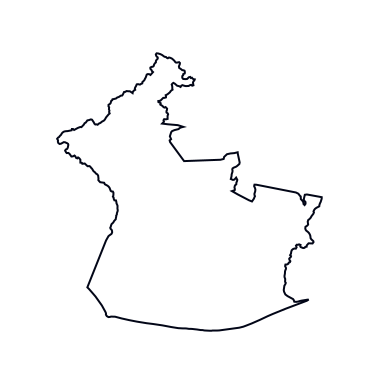 the district of Linhares, Espírito Santo, Brazil, rotated 76°
{"feature_id": "56859067B26973485406883", "entity_name": "Linhares", "entity_type": "district", "adm_level": 2, "iso_a3": "BRA", "parent_name": "Brazil", "parent_adm1": "Espírito Santo", "projection": "albers", "projection_center": [-40.123, -19.341], "detail": "fine", "context": "isolated", "style": "outline", "palette": "ink", "viewbox_px": 384, "rotation_deg": 76, "n_neighbors": 0, "source": "geoboundaries", "source_scale": "gbopen_adm2", "svg_char_len": 5958}
<svg xmlns="http://www.w3.org/2000/svg" viewBox="0 0 384 384"><g transform="rotate(76 192 192)"><path d="M259.2,316.6L261.2,315.4L266.5,312.7L270.1,310.9L275.7,308.7L280.3,306.9L287.5,305.0L288.9,304.8L290.2,305.2L291.8,304.7L293.1,303.4L293.4,302.1L293.3,300.7L294.4,296.8L297.7,290.8L301.1,284.0L304.5,276.7L308.4,267.6L310.5,262.1L314.2,253.1L318.0,244.8L320.8,238.2L322.0,234.3L323.0,230.6L324.0,228.2L324.8,225.3L326.7,220.2L328.0,217.1L328.6,215.0L329.3,213.6L330.5,209.7L331.3,206.9L331.4,205.5L332.4,201.6L332.9,199.1L335.1,179.0L335.1,174.8L334.8,172.1L334.0,165.9L332.5,157.1L330.8,148.6L329.9,143.2L327.9,129.2L325.3,106.9L324.6,104.8L324.4,106.1L323.9,112.3L323.9,114.1L324.0,115.6L323.8,117.5L323.2,119.3L321.6,119.4L320.4,119.8L316.1,124.5L314.0,126.2L311.0,126.8L309.3,126.7L305.2,125.0L304.2,123.9L302.9,123.0L301.7,123.4L298.9,122.6L297.1,122.8L295.9,122.6L293.7,121.6L291.4,120.9L290.3,120.2L289.3,119.4L288.2,119.2L286.5,119.6L285.0,118.9L285.3,117.5L284.9,115.9L283.9,115.2L283.8,114.0L282.9,113.3L281.6,113.8L280.4,113.9L279.7,113.2L279.1,112.0L278.2,111.4L277.0,112.1L275.8,110.9L274.1,110.2L272.7,109.4L271.9,108.1L271.6,106.3L272.1,105.0L271.0,103.9L269.2,104.1L268.5,103.0L268.9,102.0L268.7,100.8L269.6,99.5L270.7,100.1L271.7,99.9L273.3,97.7L273.4,96.3L272.7,95.4L272.8,94.0L271.6,93.6L270.0,91.3L271.1,87.5L270.0,86.2L269.0,86.2L266.7,87.7L265.6,88.1L263.1,87.8L262.0,87.9L260.4,88.3L258.9,89.1L257.1,90.5L256.0,90.9L254.7,90.9L253.2,90.3L252.5,88.3L251.7,87.2L248.8,86.9L247.3,86.0L246.8,84.8L245.8,83.2L244.3,81.8L242.5,79.5L241.2,78.6L240.2,78.8L239.0,77.8L238.1,76.7L237.4,75.0L236.7,72.0L235.6,71.6L234.1,70.7L232.7,69.5L229.9,67.8L228.4,67.4L222.2,81.1L222.0,83.2L226.3,85.4L227.9,85.0L229.2,84.3L230.9,84.7L231.9,85.9L230.6,86.7L229.4,86.5L227.9,86.7L225.2,88.1L222.6,87.6L221.8,88.2L219.4,89.2L217.6,91.3L200.5,127.8L200.0,129.6L201.3,130.3L203.5,129.9L205.0,129.9L206.6,130.5L208.9,131.9L210.1,132.1L211.3,131.9L212.2,132.7L213.4,133.5L215.7,136.1L213.8,138.7L205.4,148.2L200.8,153.0L200.6,150.2L199.6,149.7L197.9,149.7L196.6,149.1L195.8,148.4L195.3,147.2L193.7,146.7L192.5,145.8L191.2,145.1L188.7,145.7L190.2,147.8L190.2,149.3L188.8,151.2L186.2,149.8L184.8,149.4L183.7,148.8L182.3,147.9L181.1,147.5L180.0,147.5L179.0,147.0L178.5,145.8L178.1,143.1L177.7,142.0L176.3,139.3L174.9,138.6L165.8,138.3L164.5,138.1L164.5,141.6L163.9,145.3L163.8,148.9L165.7,152.3L167.6,153.3L167.6,156.6L160.1,192.2L138.2,201.2L136.5,201.2L135.7,199.5L132.6,200.0L128.9,197.7L128.1,196.6L127.7,194.0L127.7,189.8L127.1,188.8L126.8,187.7L126.7,186.5L126.7,184.7L123.7,189.6L120.4,199.2L118.4,204.4L117.0,202.2L115.5,202.3L114.6,201.4L115.2,199.7L115.2,198.0L112.2,197.3L110.9,196.4L109.9,196.5L108.7,197.5L107.3,197.2L106.4,196.5L105.1,196.0L103.2,197.1L103.4,198.4L102.6,199.2L101.4,199.8L99.5,201.6L98.3,200.9L97.4,201.7L96.7,202.8L95.6,202.7L95.7,200.5L93.7,197.1L94.0,195.8L93.9,194.4L92.8,194.1L91.7,194.1L91.5,193.0L91.1,191.8L89.9,189.3L89.1,188.5L88.5,187.5L88.0,186.1L86.9,186.1L85.3,185.7L83.9,185.6L82.8,185.7L82.1,184.8L81.6,183.7L82.7,182.5L85.3,180.7L86.2,178.9L87.3,177.7L86.3,176.7L86.0,175.5L87.4,173.2L87.8,172.2L88.3,169.6L87.9,168.3L87.8,166.9L88.9,166.1L88.8,164.8L86.1,164.6L84.9,163.8L84.4,162.8L83.4,162.1L82.9,163.2L82.1,164.0L81.1,164.4L81.1,165.5L79.9,165.9L79.9,167.3L81.1,169.3L81.0,170.6L80.2,173.2L78.8,173.8L77.2,173.4L76.5,172.3L75.5,172.0L75.2,170.4L73.9,169.9L72.5,169.9L71.9,170.7L71.4,172.0L70.4,172.7L68.5,174.4L66.9,174.3L65.0,172.9L63.9,172.5L62.9,173.1L62.8,175.3L62.5,176.3L61.5,177.0L60.5,177.3L58.8,178.4L57.8,179.1L56.7,180.4L55.9,181.8L56.4,183.1L55.7,184.0L54.7,184.6L54.1,186.0L51.8,187.9L50.6,189.3L49.3,191.5L48.9,192.8L49.7,193.8L51.1,193.8L52.2,193.4L53.1,192.7L54.3,193.0L55.5,194.8L56.3,195.4L57.5,195.7L58.2,197.0L59.2,198.0L60.4,198.6L61.0,199.8L60.8,201.0L61.2,202.3L62.4,202.6L63.8,201.8L65.0,201.6L66.2,200.8L68.4,204.0L67.4,204.9L66.9,206.3L67.1,207.5L69.7,209.2L70.8,210.3L71.6,210.8L72.5,212.0L73.3,213.5L74.6,214.0L74.8,215.4L75.2,216.5L74.3,218.3L74.2,219.6L75.7,220.7L76.9,221.9L78.0,222.5L79.1,222.4L79.5,223.8L80.4,225.1L81.7,225.7L80.1,227.1L79.2,228.0L78.8,229.5L78.2,231.2L78.7,232.4L78.5,233.7L80.7,235.5L81.5,236.4L81.3,237.8L82.1,240.0L82.2,241.7L82.9,243.1L82.9,245.5L82.8,246.7L83.7,247.3L84.0,248.3L86.1,249.5L86.7,250.4L87.2,251.9L88.7,252.3L89.7,251.9L91.7,252.6L93.0,252.4L94.3,253.1L95.9,252.9L96.4,254.0L98.8,257.3L100.6,259.0L101.4,260.2L102.0,262.5L102.8,264.1L103.1,265.9L103.9,267.3L103.3,268.2L103.1,269.5L102.2,270.1L100.2,270.6L97.7,271.5L97.1,272.5L97.3,274.9L97.2,276.2L98.9,278.2L99.3,279.6L100.4,280.6L102.3,283.6L101.9,284.7L102.2,287.2L103.3,291.4L102.1,292.2L101.8,293.3L103.0,293.9L102.8,298.1L102.5,299.6L102.4,300.9L102.5,301.9L103.0,303.2L103.7,304.2L104.8,305.2L105.6,306.6L106.5,307.7L106.9,308.9L107.8,310.0L109.4,309.5L110.9,310.0L112.3,309.8L113.4,308.8L113.4,307.2L112.6,304.4L113.0,303.2L114.6,301.2L115.4,300.6L116.4,300.6L118.9,301.8L119.9,302.6L120.3,304.3L121.2,305.1L122.7,304.7L123.9,304.2L124.2,302.5L125.4,301.6L128.4,300.4L128.6,298.9L128.2,297.2L129.3,296.5L130.7,296.3L131.6,295.2L130.9,294.2L131.9,293.3L133.6,292.5L136.5,293.2L137.1,291.8L138.1,291.6L138.4,289.2L141.7,287.1L142.1,285.1L143.2,284.4L144.2,284.0L145.1,283.4L148.0,282.5L149.4,281.4L150.9,280.7L152.0,279.6L153.4,279.1L156.4,279.5L157.8,280.0L159.1,279.4L160.3,278.7L161.8,275.0L163.4,274.7L165.4,272.5L166.6,271.6L168.0,271.0L171.2,270.6L172.0,269.9L172.4,268.7L173.5,268.4L174.9,268.7L176.4,269.2L177.4,269.9L178.3,269.4L179.7,269.6L181.3,269.3L181.8,267.8L183.2,267.8L184.8,268.0L186.3,267.7L187.4,267.6L190.3,268.4L191.4,268.4L192.4,268.7L194.4,270.0L195.7,270.4L196.6,271.3L197.6,271.5L198.7,272.1L200.0,272.6L201.3,274.6L202.4,275.6L203.0,276.5L203.6,277.7L204.8,278.6L206.0,279.2L207.0,280.0L208.0,279.9L209.3,279.1L210.5,279.0L212.0,279.3L213.2,280.3L214.0,282.4L214.6,283.7L218.2,287.1L259.2,316.6Z" fill="none" stroke="#020617" stroke-width="2"/></g></svg>